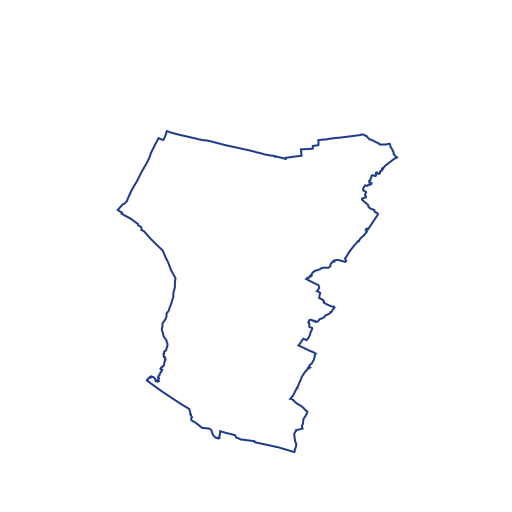 outline of Tatulesti, Olt, Romania, rotated 37°
{"feature_id": "2599482B2026044219138", "entity_name": "Tatulesti", "entity_type": "district", "adm_level": 2, "iso_a3": "ROU", "parent_name": "Romania", "parent_adm1": "Olt", "projection": "mercator", "projection_center": [24.611, 44.648], "detail": "fine", "context": "isolated", "style": "outline", "palette": "blue", "viewbox_px": 512, "rotation_deg": 37, "n_neighbors": 0, "source": "geoboundaries", "source_scale": "gbopen_adm2", "svg_char_len": 6121}
<svg xmlns="http://www.w3.org/2000/svg" viewBox="0 0 512 512"><g transform="rotate(37 256 256)"><path d="M404.7,389.5L403.5,387.0L402.8,384.5L401.6,382.3L400.9,381.6L399.2,380.7L397.4,379.1L393.7,375.3L393.2,373.1L393.3,371.9L392.7,371.2L397.1,365.8L395.2,364.4L394.8,363.7L394.4,361.6L392.0,357.6L391.8,353.7L391.0,349.7L389.8,349.2L388.4,349.5L388.0,349.2L386.6,349.1L385.6,348.8L382.7,348.6L378.0,349.2L375.0,349.1L372.4,348.6L370.0,349.0L369.4,349.4L369.4,346.8L369.6,346.1L369.5,344.8L368.1,336.9L368.5,336.6L368.0,336.2L367.8,334.2L366.9,331.4L366.4,328.4L365.3,325.0L364.9,319.3L365.0,317.5L365.3,316.5L365.2,315.0L365.0,314.8L365.9,314.0L366.3,312.6L364.9,312.9L364.8,311.8L364.6,311.4L364.6,310.7L365.3,308.4L364.9,306.6L364.7,304.1L363.7,302.0L363.6,301.1L362.8,300.3L362.5,298.7L362.5,298.0L360.4,298.2L354.9,299.6L343.7,301.8L343.9,300.6L343.7,299.0L343.5,293.9L343.8,293.5L347.0,292.8L347.2,290.9L346.7,286.9L345.6,284.5L345.0,281.2L344.7,280.3L344.2,279.7L341.4,280.5L340.9,280.1L340.3,279.6L339.6,278.2L338.7,277.8L337.9,277.7L337.6,277.1L337.8,276.6L337.7,276.1L337.4,275.7L337.3,274.8L337.4,274.5L338.4,273.8L340.2,273.4L340.4,273.1L341.0,273.4L341.2,273.1L341.9,273.1L342.3,272.9L342.6,272.3L343.3,272.6L343.4,272.3L343.6,272.3L344.8,271.2L344.9,268.0L346.2,266.3L346.6,265.2L347.2,264.2L347.4,263.6L347.2,262.6L347.3,261.8L348.2,259.9L349.2,258.4L349.4,257.5L349.2,256.0L349.9,255.7L350.0,255.3L349.6,253.4L349.7,251.0L349.6,249.7L348.8,249.6L347.3,250.5L346.0,251.0L341.1,252.1L338.6,252.4L338.0,252.4L337.6,251.2L336.1,251.1L335.7,250.7L332.9,251.4L331.5,251.5L331.3,250.5L330.3,248.9L329.6,246.9L328.0,246.8L325.9,247.3L326.1,246.7L325.8,245.4L325.7,243.4L323.5,241.7L313.6,243.6L310.2,244.1L310.5,243.6L310.2,243.1L310.4,242.7L310.2,242.2L311.3,241.5L311.5,240.3L312.1,239.4L312.0,239.2L311.1,239.1L311.2,238.7L312.2,238.1L311.5,237.0L311.2,235.7L311.4,234.2L312.0,233.3L311.8,232.6L313.4,230.6L314.9,228.4L315.7,226.1L317.4,224.4L320.7,221.9L321.2,221.1L321.5,219.7L320.6,217.9L320.5,217.3L320.6,214.5L320.7,214.1L321.3,214.1L321.8,213.6L321.9,213.3L321.1,212.7L322.6,210.8L323.6,210.0L327.8,208.1L330.6,207.2L331.0,206.0L331.0,205.5L328.6,204.5L328.5,201.1L328.0,197.0L328.1,188.7L328.5,184.5L328.4,183.3L328.6,182.7L329.2,182.6L329.3,182.3L328.9,180.6L328.8,178.6L329.7,175.3L329.7,173.5L330.0,170.4L329.7,169.3L328.6,169.6L328.1,169.4L327.9,169.1L327.9,167.4L329.4,167.1L328.4,149.3L326.6,148.6L325.5,149.3L324.0,149.2L322.8,148.0L319.6,149.1L317.1,149.2L316.0,149.0L315.0,147.8L307.1,147.3L306.3,146.8L306.1,146.3L308.4,143.2L308.3,142.5L306.5,141.9L306.0,140.9L305.6,138.8L304.9,138.6L302.1,139.1L301.5,138.5L300.7,136.7L300.8,134.9L300.5,134.3L300.5,134.0L302.8,132.9L302.9,131.3L304.3,130.5L304.8,129.0L304.3,128.2L303.5,128.3L302.3,129.0L301.4,128.3L301.1,127.3L301.7,126.4L300.9,125.0L300.7,123.3L300.1,122.6L300.1,122.1L300.5,121.3L300.8,121.1L302.8,120.5L303.4,120.1L303.4,119.7L303.1,118.8L302.0,118.0L301.8,117.5L301.8,117.0L302.5,116.4L304.4,116.7L305.1,116.0L305.2,115.3L304.2,113.8L304.3,113.1L305.0,112.3L305.2,111.9L304.1,110.7L303.9,110.2L304.2,109.8L305.0,109.8L304.7,107.9L305.1,105.3L307.9,95.2L308.7,93.6L309.8,91.9L308.8,92.5L307.9,92.5L304.4,91.7L304.1,91.0L303.5,90.4L302.0,89.8L301.0,88.9L299.9,88.8L298.8,88.2L297.8,88.0L296.9,86.9L295.2,85.9L293.6,87.5L292.8,88.7L288.1,92.3L287.1,92.1L286.5,92.5L285.4,92.4L282.7,93.0L279.7,93.4L277.5,94.0L276.5,94.6L271.7,93.6L271.3,94.1L269.1,94.3L267.6,95.0L266.9,95.7L266.9,96.2L263.2,99.9L250.7,112.0L249.1,113.3L244.0,118.3L243.3,119.2L240.7,121.8L240.0,122.1L236.1,126.0L238.3,128.6L239.1,130.0L235.1,133.9L236.7,136.0L236.4,136.5L227.7,143.8L232.0,148.5L220.5,159.8L221.3,160.6L211.4,164.7L211.7,165.1L211.1,165.4L210.2,165.2L209.8,165.3L206.1,167.6L201.2,169.9L197.0,171.4L193.7,173.1L192.7,173.3L187.7,175.4L164.6,186.0L149.1,192.4L147.3,193.3L143.3,195.8L141.6,196.4L140.5,197.2L138.6,197.8L122.6,205.0L114.1,208.5L109.7,209.9L111.8,216.5L112.1,219.1L111.9,219.4L107.3,220.5L108.5,228.5L110.2,237.4L111.2,239.9L112.7,246.6L114.0,257.5L116.0,268.4L116.4,272.9L117.3,279.6L117.6,281.1L117.9,281.3L118.2,283.8L119.1,287.4L119.9,289.6L119.5,293.1L118.4,295.2L117.9,302.5L123.0,302.0L123.2,303.1L123.5,303.1L133.8,301.6L142.5,301.5L143.0,302.1L143.7,302.4L146.2,302.0L147.4,302.2L148.1,303.0L148.8,304.2L151.2,303.7L152.0,303.7L161.0,305.6L170.3,306.9L178.1,307.7L184.4,311.4L189.9,314.1L196.7,318.5L205.0,322.1L207.0,325.7L209.9,329.6L213.0,336.7L214.3,337.8L216.2,343.1L216.8,344.4L218.1,349.1L219.2,352.2L219.2,355.8L219.4,356.4L220.4,357.3L220.9,358.2L221.7,360.4L221.9,363.9L221.8,365.3L222.1,366.5L223.2,367.8L224.6,370.7L225.6,372.0L227.9,373.4L228.7,374.3L230.7,375.8L235.4,377.3L236.0,378.0L237.7,379.1L238.7,380.1L239.4,381.4L239.9,382.1L239.9,383.5L240.4,384.1L240.9,385.2L240.9,385.9L240.4,386.5L240.2,387.8L240.4,388.3L241.2,388.8L241.3,389.0L241.0,389.6L241.1,389.8L241.7,390.1L241.7,390.7L243.3,392.1L243.8,391.6L244.1,391.6L244.5,392.1L245.4,392.5L245.5,393.1L246.1,393.2L246.3,394.6L246.6,394.7L246.7,395.8L248.0,398.1L248.3,399.1L248.2,400.1L247.8,400.3L247.9,400.9L247.4,402.0L247.7,403.8L248.0,403.9L249.5,403.2L249.6,404.0L250.1,405.2L249.7,406.3L250.3,408.0L250.1,408.7L250.7,409.5L250.4,410.9L251.1,411.4L251.0,411.9L251.3,412.3L252.2,412.3L252.0,413.2L252.3,413.8L252.6,413.7L253.7,414.4L253.2,415.0L253.0,415.7L251.7,415.4L251.2,416.2L248.8,414.6L246.9,414.5L246.0,414.8L245.6,415.3L244.5,415.3L244.1,416.5L244.7,416.9L244.0,417.5L243.7,418.3L243.9,419.8L243.6,420.0L243.7,420.4L244.0,420.6L243.9,421.1L261.8,420.8L284.7,419.4L295.0,418.3L295.5,419.0L298.1,420.9L298.6,421.9L299.4,421.8L299.6,422.3L301.9,423.3L301.7,423.8L301.9,424.6L302.9,425.8L303.8,426.1L307.8,425.5L316.5,425.7L322.2,422.1L324.0,421.8L325.0,422.0L326.0,422.4L328.2,424.2L329.4,424.8L332.9,425.4L335.2,424.6L335.1,424.3L336.0,424.0L336.4,423.6L336.0,422.7L335.3,422.6L334.9,420.8L332.8,417.5L338.9,415.2L344.5,412.7L345.5,412.5L346.7,411.8L347.5,411.8L349.3,412.9L349.8,412.9L350.9,412.3L354.0,411.8L366.2,404.8L367.0,405.5L386.0,396.7L386.6,396.7L387.5,395.9L404.7,389.5Z" fill="none" stroke="#1e3a8a" stroke-width="2"/></g></svg>